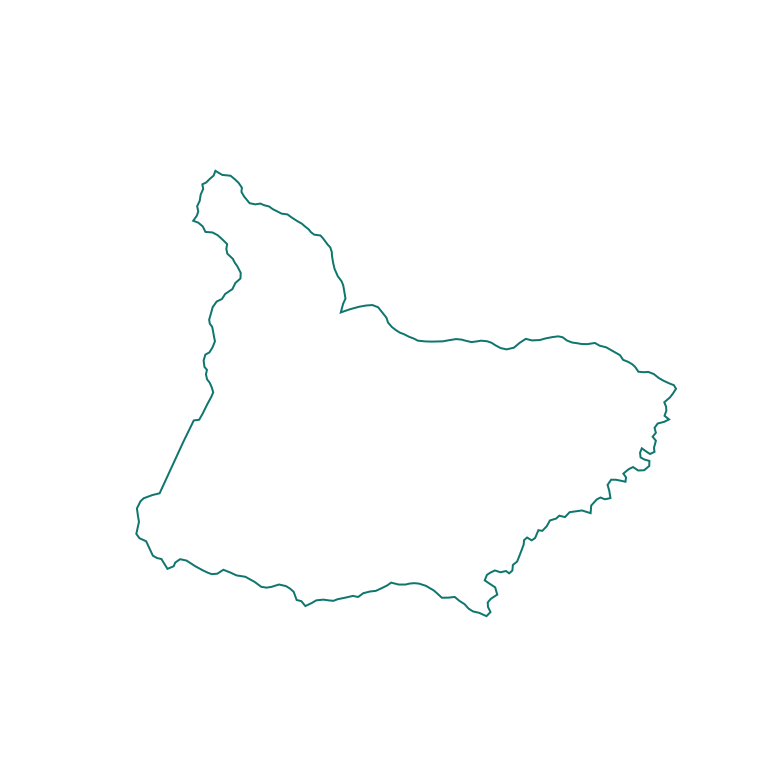 outline of Tanabi, São Paulo, Brazil, rotated 74°
{"feature_id": "56859067B98162890233703", "entity_name": "Tanabi", "entity_type": "district", "adm_level": 2, "iso_a3": "BRA", "parent_name": "Brazil", "parent_adm1": "São Paulo", "projection": "mercator", "projection_center": [-49.657, -20.518], "detail": "fine", "context": "isolated", "style": "outline", "palette": "teal", "viewbox_px": 768, "rotation_deg": 74, "n_neighbors": 0, "source": "geoboundaries", "source_scale": "gbopen_adm2", "svg_char_len": 3801}
<svg xmlns="http://www.w3.org/2000/svg" viewBox="0 0 768 768"><g transform="rotate(74 384 384)"><path d="M567.5,527.5L570.0,523.3L575.8,520.8L574.6,513.9L573.3,508.7L574.6,501.6L576.9,496.5L578.5,492.3L578.1,487.8L578.8,479.0L579.1,472.3L581.6,467.6L579.4,461.6L579.6,454.7L580.6,448.9L579.6,442.4L578.5,436.4L576.9,431.9L580.8,425.2L582.7,418.7L582.9,414.3L583.8,409.8L585.5,405.4L589.6,399.3L596.1,393.1L600.3,390.4L605.4,387.3L607.1,381.1L608.2,374.7L613.4,371.2L617.9,367.2L623.1,364.7L627.1,361.2L630.2,355.6L635.4,349.5L632.6,344.5L626.9,345.5L622.6,344.5L619.9,340.5L617.7,333.2L610.1,333.2L605.1,337.5L600.5,341.3L595.9,337.7L594.6,333.7L593.8,328.8L597.1,323.9L597.4,318.3L600.5,315.9L598.7,312.0L593.5,310.0L591.3,304.9L586.5,301.2L581.6,297.5L576.7,293.9L572.8,292.5L571.0,288.8L575.0,285.1L573.7,281.2L567.1,275.9L568.8,272.3L565.6,266.8L560.9,262.1L560.8,255.6L558.9,251.8L561.8,246.7L558.4,240.9L559.3,234.4L560.1,228.6L565.1,221.0L557.9,218.3L553.6,211.3L552.8,207.2L555.7,203.4L556.1,197.8L548.9,196.9L542.6,196.9L538.6,192.0L540.0,187.4L542.2,183.1L544.5,178.8L540.5,177.1L536.1,178.6L533.3,172.2L532.5,167.5L537.2,163.5L538.6,157.7L535.9,151.6L531.1,150.1L528.4,154.5L525.3,157.6L520.6,156.8L516.9,153.9L520.6,151.0L524.6,147.6L523.8,142.7L519.8,142.1L513.5,138.3L508.7,140.3L505.8,136.1L500.7,136.0L497.4,131.8L497.6,125.1L496.6,119.8L491.9,123.1L487.4,119.9L483.6,119.1L478.8,119.6L475.7,112.8L472.8,108.9L469.1,104.6L465.0,105.7L462.3,109.3L457.9,114.4L454.0,118.2L448.7,122.0L445.2,126.7L444.3,131.0L442.3,136.1L437.0,137.8L433.6,139.8L430.1,143.1L426.7,147.5L421.3,149.2L414.9,155.5L410.0,160.3L406.5,166.3L402.7,169.9L401.7,177.7L400.0,183.1L397.8,187.6L396.1,191.5L392.7,196.1L388.3,199.4L386.2,203.4L385.3,209.4L384.7,216.4L384.7,222.0L382.9,229.7L379.7,235.3L381.8,242.2L384.9,249.1L384.5,256.6L381.6,262.0L377.4,266.3L373.9,269.4L371.4,273.0L369.1,278.8L368.6,283.2L367.8,288.4L364.9,293.6L362.7,297.2L360.7,302.3L359.8,309.6L359.2,315.7L356.5,326.1L354.6,332.1L351.7,339.5L348.7,342.6L345.5,346.9L341.5,351.2L339.1,354.5L335.4,357.8L331.4,360.7L326.0,363.2L320.9,363.4L308.6,368.5L304.9,373.4L303.6,379.7L302.9,386.6L302.8,392.9L302.8,397.1L303.3,405.8L295.6,401.2L291.3,397.5L286.2,396.9L277.9,396.0L273.5,396.5L267.7,398.7L259.8,399.8L253.7,399.5L246.6,398.7L242.7,397.8L237.9,398.0L234.3,399.8L227.1,402.5L223.7,404.2L221.2,409.9L218.1,412.3L214.5,413.8L210.8,416.5L207.1,418.9L203.7,422.3L198.3,427.0L194.4,430.0L192.0,435.5L188.6,439.1L185.3,442.7L181.7,445.5L179.0,450.1L176.5,453.1L175.8,458.3L173.1,463.4L165.2,466.8L160.1,468.1L156.2,466.5L150.6,468.3L145.7,471.2L141.5,474.1L138.4,481.9L132.6,487.3L136.7,490.3L138.9,495.1L141.3,499.4L142.0,503.6L146.6,504.0L151.4,508.0L157.2,510.7L161.6,514.6L167.0,515.0L170.6,517.5L174.5,522.4L177.7,518.1L182.5,514.8L188.6,513.7L191.1,507.0L195.1,502.9L200.0,499.8L206.3,496.2L210.6,498.3L215.5,498.7L221.9,494.9L226.3,494.0L230.2,492.6L237.7,491.1L243.0,492.9L245.9,499.0L251.0,503.6L252.3,507.6L253.7,511.9L257.6,516.3L258.6,522.1L262.9,527.5L268.5,530.9L274.1,534.4L278.1,534.8L281.7,533.4L286.4,533.8L291.9,534.4L296.3,534.7L301.5,538.7L305.5,543.1L306.5,547.6L311.7,550.9L318.0,551.9L321.6,550.3L325.7,552.5L330.7,552.8L334.7,551.2L339.9,550.5L345.0,550.5L348.6,553.4L354.8,559.5L362.6,566.6L367.4,571.5L366.6,576.9L384.7,593.2L427.2,629.8L426.9,637.2L427.6,646.5L429.6,650.4L435.5,655.8L443.1,656.9L448.9,657.5L459.8,663.4L464.8,661.6L469.6,656.0L485.3,653.5L488.7,650.2L490.9,646.2L502.0,643.1L501.2,636.4L498.1,633.9L496.2,628.3L499.3,622.5L507.3,615.5L513.3,609.4L516.9,605.3L519.3,602.0L520.4,596.6L518.3,589.6L523.1,583.4L527.3,578.6L531.1,570.4L538.6,562.9L545.1,557.9L547.4,553.0L548.0,548.1L547.8,540.2L551.2,534.0L554.8,530.7L558.9,528.1L567.5,527.5Z" fill="none" stroke="#0f766e" stroke-width="2"/></g></svg>